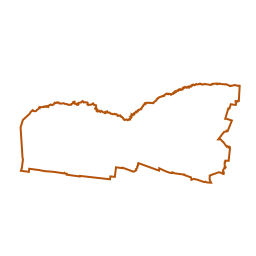 outline of La Capital, San Luis, Argentina, rotated 97°
{"feature_id": "61730980B37295099370503", "entity_name": "La Capital", "entity_type": "district", "adm_level": 2, "iso_a3": "ARG", "parent_name": "Argentina", "parent_adm1": "San Luis", "projection": "equal_earth", "projection_center": [-66.75, -33.952], "detail": "fine", "context": "isolated", "style": "outline", "palette": "amber", "viewbox_px": 256, "rotation_deg": 97, "n_neighbors": 0, "source": "geoboundaries", "source_scale": "gbopen_adm2", "svg_char_len": 5742}
<svg xmlns="http://www.w3.org/2000/svg" viewBox="0 0 256 256"><g transform="rotate(97 128 128)"><path d="M108.2,170.9L107.7,171.5L107.6,171.9L107.6,172.7L107.8,173.3L107.7,174.3L108.0,175.2L107.7,175.5L107.3,175.6L106.8,176.2L106.8,176.4L107.4,176.8L107.9,177.5L108.4,177.7L109.1,180.3L109.4,180.5L110.6,180.0L111.1,180.3L111.2,180.8L111.1,181.8L110.6,182.1L110.2,182.0L110.5,183.6L110.0,184.4L109.7,184.5L109.1,184.2L108.4,184.2L108.3,184.5L109.1,185.7L110.4,186.0L111.1,187.1L111.8,187.2L112.1,188.5L112.0,189.2L112.3,189.8L112.3,190.4L111.9,190.9L111.7,191.6L111.8,193.5L111.2,194.8L111.3,195.3L111.6,195.7L111.6,196.2L111.9,196.8L111.8,198.0L112.1,199.1L111.9,199.4L111.2,199.8L111.2,200.2L111.5,200.8L111.1,201.4L111.9,202.3L111.9,203.0L111.8,203.3L112.0,203.3L112.3,203.9L112.6,203.8L113.2,204.6L113.7,204.8L113.8,205.3L114.3,205.5L114.5,205.8L114.5,206.9L114.1,207.5L114.7,208.6L115.2,209.1L116.9,209.8L116.8,210.2L116.0,210.9L116.1,211.2L116.9,211.7L116.5,212.4L117.0,212.9L116.9,213.9L117.4,214.0L117.6,215.5L117.9,216.3L118.0,217.3L117.8,218.0L117.9,218.4L118.3,218.6L119.1,218.3L119.1,218.9L119.8,219.1L121.3,220.7L122.3,221.3L122.7,222.3L122.7,223.2L122.5,223.6L122.6,224.2L121.9,224.8L123.6,226.3L126.1,227.5L132.8,233.3L140.4,234.7L170.2,229.1L172.2,228.4L180.8,228.5L183.5,229.1L183.6,221.1L180.5,221.1L180.6,210.9L181.0,205.3L180.7,200.5L180.6,195.6L180.8,186.1L180.3,185.7L180.8,185.1L180.8,183.2L181.8,183.2L181.9,176.5L182.0,170.0L181.4,170.0L181.1,139.6L178.2,139.6L178.1,135.1L168.5,135.1L168.5,128.2L168.1,128.2L170.7,117.2L170.0,116.0L168.8,114.7L168.3,115.1L167.9,115.1L166.3,113.9L164.9,114.2L163.9,113.4L161.7,113.8L161.4,114.3L166.5,92.0L164.2,92.1L166.3,85.6L167.4,81.0L167.3,78.6L166.6,78.5L167.3,76.0L167.4,66.4L167.8,66.5L169.3,59.5L171.7,58.7L170.4,56.4L170.7,55.2L170.8,53.2L172.4,45.7L171.8,44.5L172.4,43.3L172.2,38.9L169.2,40.7L165.2,41.1L160.8,32.3L161.2,29.9L162.0,28.2L162.0,27.5L161.3,27.5L161.1,27.8L160.3,27.5L160.0,27.9L160.0,28.2L159.4,28.5L158.6,28.3L158.2,28.5L156.8,27.8L156.3,27.3L156.1,26.8L155.3,26.4L155.3,27.4L153.9,27.1L152.2,27.8L150.2,27.4L150.1,27.8L148.5,27.4L148.3,24.1L135.6,24.3L135.3,24.4L135.2,25.5L134.3,25.0L134.1,25.6L134.2,26.7L134.0,27.2L134.5,27.8L130.2,31.8L129.8,32.7L128.2,34.4L128.0,34.9L128.3,37.0L120.2,32.2L119.3,29.6L118.7,29.7L118.9,28.7L107.9,25.8L106.9,31.1L107.0,32.6L96.3,30.8L96.4,29.7L91.9,28.9L92.0,23.9L88.8,23.4L88.8,24.5L88.1,24.5L88.1,22.2L87.6,22.1L87.6,21.3L72.5,22.3L72.5,22.6L72.4,23.2L72.7,23.8L72.8,24.8L72.4,26.0L72.4,27.7L72.8,28.2L73.3,30.1L73.5,30.3L73.5,31.1L73.9,31.4L74.0,32.2L73.1,33.6L73.1,34.7L73.0,34.9L72.9,35.6L72.7,35.7L72.6,36.1L72.6,36.9L73.0,37.5L72.9,39.0L73.0,40.8L72.8,42.2L72.8,42.7L73.1,42.8L73.2,43.3L73.3,44.1L73.7,44.6L73.5,45.5L73.1,45.4L73.7,48.7L73.8,49.1L74.2,49.1L74.4,49.5L74.3,50.1L74.7,50.2L74.7,50.8L75.4,51.8L75.0,53.3L75.1,56.0L74.9,56.4L74.9,57.3L75.6,58.3L75.5,59.0L75.8,59.3L75.7,60.3L75.5,60.5L75.7,60.8L75.3,61.6L75.6,62.0L75.4,62.3L76.3,64.2L76.3,65.0L76.0,65.7L77.4,66.9L77.1,68.0L77.4,68.2L77.4,68.5L77.0,68.7L77.1,69.1L77.3,69.5L77.8,69.4L77.9,69.8L78.3,69.8L78.6,70.8L79.0,70.8L78.8,71.2L78.9,71.5L79.2,71.9L79.6,71.9L79.7,72.4L80.0,72.4L79.7,72.9L80.4,73.2L80.2,73.6L80.6,73.6L80.8,74.7L80.4,75.0L80.4,75.3L80.6,75.4L80.4,75.8L80.7,75.8L81.1,76.6L81.0,76.8L80.7,76.7L80.6,77.0L80.9,77.8L81.3,78.2L81.7,77.8L81.8,78.0L81.7,78.2L82.0,78.4L82.6,78.4L82.5,78.7L83.0,78.7L83.1,79.0L83.5,79.3L83.4,79.8L83.7,80.1L83.8,80.7L83.3,80.3L83.0,81.0L83.4,81.3L83.4,81.9L84.1,82.0L84.1,82.5L84.4,83.1L84.7,82.8L84.5,82.4L85.1,82.9L85.0,83.4L85.4,83.9L85.7,84.8L86.1,84.9L85.8,85.4L86.3,85.6L86.0,85.9L86.1,86.2L86.8,86.6L87.1,86.0L87.3,86.5L87.7,86.4L87.9,86.8L88.0,87.5L88.4,87.4L88.8,87.6L89.1,89.0L89.7,89.4L89.0,90.0L89.0,90.5L89.2,90.8L89.1,91.7L89.4,91.7L89.6,92.1L89.4,93.0L89.1,93.5L89.7,93.8L89.7,94.5L90.9,96.0L91.2,96.2L91.7,96.0L91.9,96.2L92.0,97.9L92.5,98.0L92.9,98.7L93.1,99.7L93.5,100.4L94.2,101.5L94.7,101.5L95.0,102.2L95.5,102.3L95.9,103.0L96.4,103.0L96.6,103.2L97.2,103.3L99.4,105.6L100.2,105.8L100.4,106.1L100.2,107.0L100.2,107.7L100.5,108.2L100.3,108.9L100.5,109.4L100.3,110.2L100.6,111.1L100.5,112.2L101.0,112.5L101.1,113.6L101.4,114.0L101.7,113.9L101.6,114.2L101.9,114.2L102.0,114.5L102.7,114.5L103.0,115.2L104.3,115.6L104.4,115.8L104.7,115.8L104.9,116.2L106.0,116.6L107.0,117.4L107.4,117.1L107.9,117.4L108.6,119.6L109.1,119.7L109.4,120.5L109.8,120.7L110.3,120.3L110.5,120.4L110.4,120.9L111.2,121.5L110.7,121.8L110.9,122.3L111.9,122.6L112.6,123.8L113.0,123.8L113.6,123.4L114.0,123.7L113.9,124.6L114.2,124.2L114.8,124.7L114.7,125.1L114.4,125.3L115.0,125.7L115.0,126.3L115.5,126.2L116.0,126.5L116.3,126.5L116.4,126.0L116.7,125.9L117.0,126.2L117.0,126.7L117.4,126.3L117.7,126.7L118.1,126.6L118.4,126.8L118.7,127.4L119.4,127.1L119.5,127.5L119.0,127.8L119.1,128.1L120.2,129.0L120.3,129.5L119.9,129.8L119.7,130.6L120.5,132.5L119.8,133.0L119.8,133.4L119.5,133.8L118.8,134.0L118.4,134.5L118.0,135.6L117.7,135.5L117.3,136.1L117.3,136.5L116.4,137.2L116.7,137.9L117.1,138.4L116.7,139.1L117.2,139.7L117.2,139.9L116.1,140.5L115.7,141.2L116.0,142.3L115.5,143.0L116.1,144.1L116.2,144.9L115.8,145.7L116.0,146.6L115.5,147.3L115.5,147.8L114.9,148.3L114.9,149.1L115.2,149.5L115.1,150.3L114.4,150.9L114.1,150.9L114.2,151.3L114.9,152.2L115.8,152.1L116.1,152.3L116.0,152.8L115.2,153.2L115.5,153.8L115.4,154.7L114.9,155.3L114.3,156.4L115.4,157.3L115.1,158.1L114.6,158.3L114.9,158.6L114.4,159.6L115.2,159.8L115.3,160.2L114.7,160.5L115.1,160.9L114.8,161.3L113.0,161.2L112.7,161.4L112.6,161.8L113.0,162.4L112.8,163.0L112.3,162.9L111.2,162.1L109.3,162.6L109.3,163.9L109.0,165.1L108.5,165.4L108.0,165.3L107.8,165.7L109.2,167.1L110.1,170.5L109.5,171.2L108.2,170.9Z" fill="none" stroke="#b45309" stroke-width="2"/></g></svg>